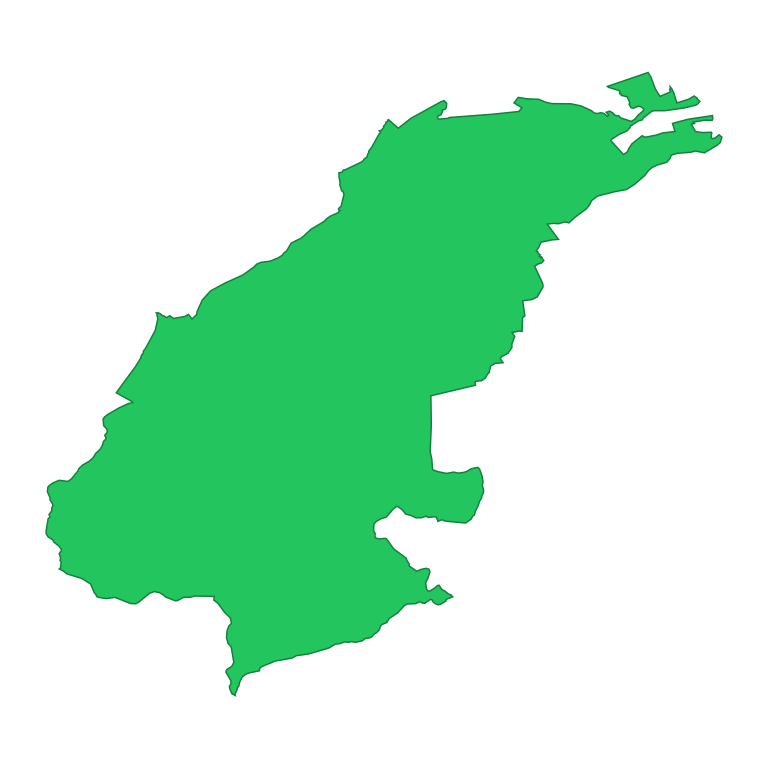 the district of Valcau De Jos, Salaj, Romania
{"feature_id": "2599482B85911950324638", "entity_name": "Valcau De Jos", "entity_type": "district", "adm_level": 2, "iso_a3": "ROU", "parent_name": "Romania", "parent_adm1": "Salaj", "projection": "natural_earth1", "projection_center": [22.736, 47.091], "detail": "fine", "context": "isolated", "style": "filled", "palette": "green", "viewbox_px": 768, "rotation_deg": 0, "n_neighbors": 0, "source": "geoboundaries", "source_scale": "gbopen_adm2", "svg_char_len": 6061}
<svg xmlns="http://www.w3.org/2000/svg" viewBox="0 0 768 768"><path d="M235.3,695.5L235.0,694.2L236.8,690.5L237.4,687.7L238.8,686.1L239.5,682.6L242.1,677.2L245.5,674.4L248.7,673.0L259.5,670.8L259.6,668.4L262.0,666.5L275.4,661.0L292.4,658.0L296.3,655.7L308.4,654.0L328.6,648.1L335.5,644.1L340.0,643.6L344.5,642.0L349.4,642.2L351.1,641.6L355.8,642.3L362.3,640.8L365.4,638.4L370.0,637.8L372.4,636.3L374.2,634.0L376.5,632.8L379.3,629.8L380.4,626.3L381.7,624.6L386.8,622.6L389.2,618.5L397.8,612.8L404.6,605.3L407.6,604.0L415.2,603.7L420.0,601.8L421.4,602.0L422.3,603.1L424.9,603.3L430.5,599.3L432.3,600.1L433.2,602.1L435.4,603.7L438.0,604.7L440.3,604.5L445.7,601.2L446.4,599.3L452.7,596.8L451.0,594.9L448.5,594.0L444.7,590.9L441.8,589.5L439.2,585.3L437.5,585.5L435.5,587.5L429.8,591.1L427.8,590.8L426.6,589.3L425.6,582.9L427.9,578.2L429.9,572.2L429.0,569.2L426.1,568.3L420.4,569.6L416.8,571.3L409.1,565.9L409.3,564.2L407.0,560.6L406.2,558.2L393.7,548.9L386.5,538.8L384.7,538.3L379.2,539.0L375.5,537.9L374.9,536.1L375.2,533.5L373.8,531.0L373.6,529.4L373.9,524.2L375.6,522.0L380.7,518.8L386.1,517.2L393.1,509.2L397.1,506.1L402.0,509.6L405.8,514.1L411.0,515.5L416.0,517.8L421.2,517.8L426.2,516.2L428.4,517.5L435.4,516.7L436.4,517.3L438.0,521.4L441.7,519.8L445.9,521.2L464.8,523.0L466.1,522.8L471.1,519.1L472.8,516.1L474.5,514.9L475.3,511.4L478.3,505.4L479.4,501.6L481.5,498.1L482.2,494.5L483.3,493.4L483.6,490.0L482.4,485.9L483.0,481.5L482.1,476.2L479.6,469.1L477.8,467.4L477.0,467.5L471.4,468.7L466.5,471.5L463.7,472.4L458.4,473.1L453.6,472.1L446.5,473.4L438.5,471.8L432.9,469.9L432.6,469.2L431.8,459.3L430.2,451.6L431.3,425.4L430.9,395.8L475.5,385.2L475.0,381.9L475.6,381.3L481.5,380.7L485.4,378.0L487.5,374.2L489.1,372.7L490.5,366.5L491.5,365.5L495.2,363.4L503.1,362.7L500.3,358.7L501.3,356.9L508.1,353.2L511.9,347.5L511.9,344.0L514.7,336.4L512.1,332.5L518.6,331.1L522.1,331.3L522.6,317.5L524.9,315.9L522.7,300.8L531.9,299.5L537.2,297.0L543.1,286.8L542.8,284.0L542.0,281.9L534.6,266.2L538.1,264.0L541.8,262.9L543.8,260.5L541.6,257.8L542.0,257.4L541.3,256.7L540.3,257.2L539.2,256.3L540.3,254.9L538.8,253.9L537.6,252.3L537.8,251.9L536.2,250.9L538.7,247.4L541.0,242.2L551.9,239.9L558.5,239.4L547.2,224.1L552.9,223.4L558.7,223.7L564.9,221.9L568.9,222.9L575.2,217.1L586.3,208.9L589.6,204.8L591.5,200.7L597.6,196.0L614.7,191.7L626.5,189.5L634.6,184.3L644.7,175.6L648.6,170.4L652.2,167.5L656.8,165.2L666.9,162.2L670.3,158.0L670.9,155.8L672.7,154.5L678.2,153.2L690.7,152.3L695.2,151.0L704.5,152.8L717.4,145.0L720.3,142.5L721.9,137.1L719.0,134.8L715.2,138.0L712.5,138.6L711.4,138.1L711.1,137.2L711.8,132.9L711.2,132.2L702.8,132.6L695.5,131.6L691.4,124.1L694.4,123.5L693.2,122.2L694.7,121.9L704.8,120.2L712.2,120.4L712.8,118.8L712.5,115.6L688.3,119.2L673.1,123.2L672.5,123.5L675.0,131.5L662.7,132.9L657.0,134.9L646.1,137.1L644.3,136.9L642.2,135.7L631.9,143.8L628.9,148.4L627.5,151.7L623.5,154.6L610.9,140.7L611.4,139.4L619.0,134.5L627.0,130.9L629.9,127.8L630.5,126.1L638.3,121.0L642.0,120.0L643.5,117.8L651.8,111.3L654.1,110.7L664.9,110.7L684.2,108.0L695.7,105.2L697.7,104.0L699.9,101.4L697.3,99.1L697.1,98.0L694.1,96.0L688.7,99.2L676.9,102.9L673.7,92.8L672.0,89.1L670.2,86.8L670.3,88.4L669.6,89.6L670.6,91.8L660.0,96.4L655.3,88.9L651.0,77.3L648.1,72.5L607.4,86.4L608.5,87.3L618.3,90.3L619.8,91.1L619.5,93.1L619.9,93.9L621.4,94.2L621.3,95.4L627.2,96.8L629.7,102.6L629.1,104.4L631.1,107.7L633.3,108.2L638.7,106.1L641.7,107.1L643.7,109.2L643.1,110.9L638.0,115.2L635.0,119.1L631.3,121.4L620.8,117.9L618.6,115.6L616.8,115.9L614.7,115.0L612.6,112.8L609.6,111.1L606.2,112.3L608.7,114.9L607.6,116.4L603.8,113.4L600.7,112.7L597.6,113.5L594.5,113.1L591.0,110.4L580.6,105.8L571.0,103.8L552.0,103.6L545.9,102.3L538.7,99.3L526.8,98.8L518.2,97.4L514.0,102.9L521.9,107.8L518.9,111.5L491.7,114.3L449.2,117.5L448.0,118.3L438.3,119.2L437.4,117.3L437.8,116.2L441.0,114.8L442.6,111.4L442.3,110.0L445.4,109.2L446.3,107.4L446.7,103.3L444.1,100.6L440.7,101.9L411.1,118.2L398.3,128.2L388.4,119.6L387.8,120.0L387.6,121.3L385.9,122.3L385.8,123.7L383.5,126.3L383.7,127.5L381.4,130.2L379.3,130.8L380.6,132.0L380.5,132.7L379.1,133.9L371.8,147.1L368.7,151.2L368.8,152.5L367.9,153.8L366.8,157.2L364.6,158.6L362.3,161.6L345.0,169.9L343.6,169.9L342.1,172.1L338.9,172.8L339.1,177.6L340.1,183.0L339.8,184.8L341.7,190.9L342.9,191.3L344.0,194.2L341.1,206.2L338.5,208.5L338.8,210.0L340.0,210.6L337.8,212.8L330.4,216.1L325.9,219.3L324.8,221.0L311.1,229.2L301.6,237.9L291.2,243.1L286.7,250.8L283.8,253.1L282.3,255.2L278.2,257.9L270.0,261.2L261.1,262.3L256.8,264.1L253.5,267.4L242.8,275.0L225.6,282.8L210.8,290.7L202.3,300.0L197.1,311.5L196.6,314.7L192.0,319.0L188.5,314.4L184.4,316.6L173.4,318.4L169.8,315.7L166.3,317.8L164.7,316.2L162.2,315.5L160.6,313.9L158.3,312.8L156.3,312.9L157.3,314.2L156.9,315.1L157.9,318.7L155.2,330.5L145.2,348.9L143.4,351.1L143.4,353.1L141.5,355.1L140.7,358.1L135.8,366.1L116.2,392.8L132.1,401.6L132.8,402.5L128.6,403.5L119.6,407.6L107.8,414.4L104.6,416.9L103.1,419.2L103.7,425.7L106.6,428.8L107.4,430.8L106.8,432.9L104.7,435.2L105.9,437.3L106.0,438.9L103.4,441.5L102.6,444.9L99.7,449.9L96.1,452.9L93.1,457.7L89.3,461.2L83.0,464.8L79.2,468.2L77.8,471.1L71.4,478.9L68.0,481.4L59.1,480.3L52.8,483.0L49.2,485.6L47.8,487.4L47.4,491.8L50.1,497.9L50.0,499.8L52.6,503.9L52.9,505.4L51.8,508.1L51.8,510.8L49.0,514.5L50.0,517.0L48.1,518.8L46.1,530.9L46.2,533.6L48.1,536.9L52.6,539.7L54.1,542.3L58.7,545.9L61.4,549.3L61.3,550.8L59.2,553.5L60.6,558.1L60.0,560.4L61.2,562.3L60.3,568.6L59.4,569.0L63.1,570.9L66.9,573.9L81.6,578.4L90.6,584.0L94.5,593.1L95.8,594.3L96.7,596.5L98.3,597.3L106.0,598.6L115.1,597.4L130.4,603.5L135.7,603.8L138.4,602.4L149.6,593.3L154.2,591.6L159.4,592.6L163.2,594.8L165.7,597.1L175.4,600.8L177.4,600.6L183.5,597.4L190.4,597.2L195.1,596.0L214.4,596.5L213.8,600.1L218.0,603.4L224.6,612.4L230.4,618.0L231.3,622.1L231.2,623.6L228.8,626.1L227.1,630.5L226.5,637.6L228.0,643.4L230.7,646.3L231.4,648.0L233.8,662.4L231.8,666.3L226.7,669.6L225.9,672.1L230.9,680.7L231.0,683.8L229.4,686.2L229.7,688.7L232.0,693.8L235.3,695.5Z" fill="#22c55e" stroke="#15803d" stroke-width="1.5"/></svg>